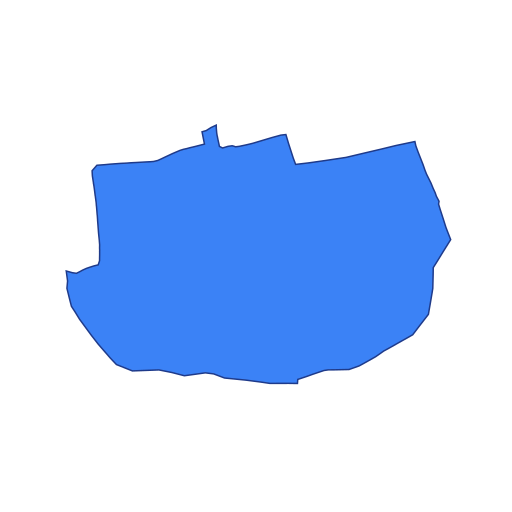 outline of Khsos, Al Qalyubiyah, Egypt, rotated 251°
{"feature_id": "37247803B74269871636707", "entity_name": "Khsos", "entity_type": "district", "adm_level": 2, "iso_a3": "EGY", "parent_name": "Egypt", "parent_adm1": "Al Qalyubiyah", "projection": "orthographic", "projection_center": [31.321, 30.157], "detail": "fine", "context": "isolated", "style": "filled", "palette": "blue", "viewbox_px": 512, "rotation_deg": 251, "n_neighbors": 0, "source": "geoboundaries", "source_scale": "gbopen_adm2", "svg_char_len": 2382}
<svg xmlns="http://www.w3.org/2000/svg" viewBox="0 0 512 512"><g transform="rotate(251 256 256)"><path d="M198.8,88.7L187.6,101.7L179.9,127.1L173.3,138.4L166.1,149.3L162.0,170.1L158.3,177.6L150.9,186.5L141.9,206.1L135.2,219.6L131.0,227.7L124.9,245.6L123.3,250.0L122.0,253.7L125.7,255.3L125.6,265.1L125.7,271.3L125.6,283.0L124.8,287.3L123.1,292.3L118.4,307.0L118.5,317.7L119.2,321.9L121.8,336.2L124.6,346.0L125.6,351.9L128.3,366.5L130.5,378.5L136.5,387.5L144.7,400.0L154.5,405.4L163.3,410.2L167.8,412.6L181.2,417.6L187.3,419.8L192.2,425.9L198.7,433.8L208.1,445.4L210.7,445.3L218.0,445.0L221.5,444.9L229.1,445.1L234.2,445.2L240.1,445.3L245.6,445.5L248.2,446.9L248.5,446.8L253.8,446.0L257.5,446.0L262.5,445.5L267.9,445.2L274.8,444.3L277.9,443.9L282.0,443.7L288.1,443.7L301.7,443.1L308.2,443.0L312.5,443.5L314.9,424.3L316.3,409.2L318.0,392.5L319.9,373.3L323.6,353.2L326.9,336.1L329.7,323.3L336.4,323.1L351.9,323.4L361.1,323.8L362.2,318.9L362.8,309.5L363.3,297.2L363.6,289.8L363.9,286.4L364.3,282.6L365.1,276.1L365.9,272.2L367.1,270.7L368.0,269.3L368.8,265.2L369.0,260.2L369.0,259.6L371.5,257.1L374.7,257.5L378.3,257.9L381.8,258.4L382.0,258.4L382.3,258.4L385.1,258.9L389.1,259.9L389.5,260.0L392.7,261.0L392.1,255.3L390.8,249.8L391.0,245.4L378.6,243.7L379.0,238.6L379.5,232.6L379.9,228.8L380.0,227.2L380.1,225.5L380.5,222.1L380.6,218.6L380.3,214.1L380.0,210.1L379.6,206.5L379.3,203.6L379.2,202.6L378.7,198.3L378.3,194.3L378.7,190.0L379.5,186.9L380.6,183.1L381.9,178.5L383.0,174.6L384.9,168.0L386.1,163.4L387.6,158.3L390.3,148.1L391.5,143.1L393.6,135.1L390.0,128.8L385.5,127.5L384.2,127.2L382.9,127.0L381.9,126.8L378.0,126.1L377.8,126.0L375.2,125.6L372.1,125.0L370.7,124.7L368.7,124.3L365.4,123.6L365.1,123.6L362.8,123.1L362.2,123.0L358.3,122.2L355.3,121.4L355.1,121.4L350.7,120.3L346.5,119.2L346.2,119.2L345.5,119.0L341.8,118.0L341.2,117.8L337.3,116.8L334.3,116.0L334.0,115.9L333.5,115.8L330.5,115.0L329.0,114.6L326.0,113.9L321.3,112.8L321.0,112.7L317.5,111.8L314.5,110.7L312.5,110.1L311.6,109.8L311.2,109.6L310.5,109.4L308.5,108.7L307.9,108.5L305.2,107.5L302.6,106.6L302.4,106.5L299.0,103.9L299.3,100.7L299.4,99.5L299.5,95.2L299.5,91.6L299.1,87.4L298.5,84.0L298.5,83.8L298.1,80.6L299.8,77.3L300.0,76.9L303.6,71.7L293.7,69.7L287.0,66.7L277.0,65.8L268.5,65.1L261.7,66.8L253.6,68.6L234.3,74.6L223.8,78.2L206.5,85.2L198.8,88.7Z" fill="#3b82f6" stroke="#1e3a8a" stroke-width="1.5"/></g></svg>